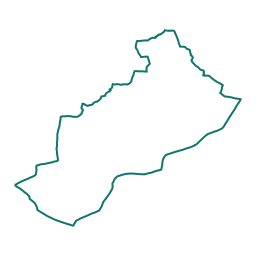 Singida, Singida, United Republic of Tanzania, rotated 90°
{"feature_id": "72390352B6504298719524", "entity_name": "Singida", "entity_type": "district", "adm_level": 2, "iso_a3": "TZA", "parent_name": "United Republic of Tanzania", "parent_adm1": "Singida", "projection": "equal_earth", "projection_center": [34.874, -4.722], "detail": "fine", "context": "isolated", "style": "outline", "palette": "teal", "viewbox_px": 256, "rotation_deg": 90, "n_neighbors": 0, "source": "geoboundaries", "source_scale": "gbopen_adm2", "svg_char_len": 5560}
<svg xmlns="http://www.w3.org/2000/svg" viewBox="0 0 256 256"><g transform="rotate(90 128 128)"><path d="M225.7,182.9L225.3,182.4L223.6,181.7L222.1,180.6L220.9,180.1L219.7,177.7L218.7,176.0L217.7,173.8L216.7,171.3L215.7,168.9L214.6,166.6L213.6,164.3L212.5,161.1L210.6,157.0L206.8,154.5L205.2,153.9L202.3,152.9L200.0,151.3L198.7,150.1L197.2,149.1L193.6,146.5L191.1,145.1L189.1,143.9L187.3,143.4L185.2,143.5L183.4,143.6L181.7,142.5L180.2,142.0L178.3,140.8L177.3,139.7L176.3,138.4L175.8,137.0L175.4,135.5L174.9,134.0L174.0,130.7L173.9,129.5L173.7,127.9L173.6,126.2L173.5,123.0L173.8,120.9L174.0,118.8L174.3,113.1L174.3,111.4L173.4,108.0L172.7,104.7L171.3,101.0L170.6,98.3L170.1,96.6L169.9,95.6L169.6,94.7L167.3,94.3L165.1,93.7L163.4,93.8L162.6,93.6L159.7,93.1L157.0,91.7L155.2,90.3L154.4,88.5L153.6,86.0L152.4,82.4L151.7,80.2L149.8,73.3L148.5,69.9L147.3,65.7L146.2,63.2L145.7,61.8L145.2,61.4L144.4,59.6L141.8,57.0L139.4,54.4L136.2,51.0L134.5,48.8L133.7,47.4L133.3,45.9L132.0,42.7L131.8,42.2L131.6,41.6L130.9,39.3L130.1,37.2L129.4,35.9L129.1,35.1L128.5,34.1L127.6,33.1L126.9,32.5L114.3,24.7L109.4,21.4L107.6,20.4L105.2,19.0L103.0,17.5L102.9,17.4L102.7,17.2L99.7,15.4L99.2,15.4L99.0,16.7L98.6,19.2L98.3,21.2L97.5,24.1L97.0,26.7L96.6,29.3L96.5,31.3L94.6,33.8L93.2,35.4L93.0,35.8L92.8,35.8L92.0,35.3L90.8,34.6L89.9,34.5L89.1,34.2L87.8,34.0L86.6,33.8L85.7,33.3L85.1,33.2L84.4,34.5L83.4,35.9L82.6,37.8L81.4,39.7L80.1,41.7L77.6,45.0L76.6,46.0L75.8,46.9L75.6,48.0L75.7,49.1L75.7,50.4L75.5,52.4L75.2,52.7L75.0,52.3L75.0,51.9L74.6,52.2L74.2,52.0L73.5,52.1L73.0,52.4L72.0,52.0L71.4,52.0L70.9,52.3L70.4,52.8L70.2,53.8L69.9,55.0L69.2,56.1L68.4,56.8L67.2,57.9L66.7,58.6L66.0,59.9L62.8,63.1L61.5,64.1L60.2,64.5L59.6,64.0L58.6,63.6L57.4,63.2L56.6,63.7L56.0,64.1L55.7,64.5L55.4,65.1L54.9,65.3L54.4,65.1L53.7,65.3L52.8,65.8L51.8,65.8L50.8,66.1L50.1,66.2L49.7,66.7L49.3,67.5L49.0,68.8L48.5,69.5L47.7,70.2L46.9,71.3L46.7,72.7L46.6,75.9L44.3,76.7L42.9,77.3L41.0,77.7L38.4,78.6L37.1,79.2L34.7,80.0L34.1,80.5L33.0,81.0L32.8,81.0L31.8,81.3L30.8,82.0L30.7,82.5L30.7,82.9L30.6,83.2L30.6,83.6L30.6,83.8L30.7,85.1L30.7,85.6L30.8,85.9L30.7,86.2L30.8,86.8L30.7,87.2L30.8,87.4L30.7,87.8L30.6,89.2L30.5,89.8L30.3,91.2L31.0,91.5L31.8,92.1L32.3,92.7L32.6,93.2L33.1,93.7L33.8,94.6L34.4,95.6L34.3,95.9L34.3,96.3L34.6,96.7L34.6,97.0L35.0,97.2L35.2,97.6L35.2,98.2L35.4,98.3L35.7,98.6L35.8,98.5L36.0,98.6L36.1,99.0L36.4,99.2L36.5,99.3L36.4,99.7L36.6,100.3L36.8,100.3L37.0,100.2L37.2,100.5L37.4,100.5L37.5,100.2L37.8,100.4L37.7,101.0L37.8,101.1L37.9,102.4L37.7,103.3L38.3,104.8L39.0,106.2L39.5,106.8L40.1,107.8L40.3,107.9L40.4,108.3L40.6,109.7L40.3,110.4L40.3,110.5L40.5,111.4L40.6,113.3L40.8,114.8L41.1,116.1L41.0,117.4L41.0,118.5L41.2,119.1L43.2,119.6L44.6,120.0L46.3,120.2L46.6,120.3L47.1,120.3L47.9,120.1L48.2,119.9L48.5,119.8L49.6,118.9L50.3,118.5L50.8,118.3L51.5,118.2L52.5,117.7L53.4,117.3L54.9,116.3L56.4,115.2L57.1,114.9L57.0,113.7L56.7,111.0L56.7,108.5L56.8,108.5L56.8,108.3L58.0,107.9L59.1,107.7L60.3,107.2L61.6,106.8L62.6,106.5L63.2,106.4L63.8,106.2L65.8,108.2L66.5,109.0L67.4,109.4L68.1,109.5L68.6,109.4L69.5,109.5L71.1,109.4L71.5,109.3L71.5,109.6L71.5,111.0L71.4,112.3L71.3,114.1L71.3,117.7L71.1,119.6L71.2,121.4L72.5,122.0L73.2,122.2L75.1,122.5L75.6,122.9L76.7,123.3L77.3,123.7L77.9,123.8L78.0,123.8L78.6,123.9L79.7,124.4L80.8,124.6L81.2,124.8L81.5,124.8L82.7,125.6L83.0,126.1L83.8,127.1L84.4,128.6L84.4,129.1L84.3,131.9L84.4,133.5L84.9,134.5L84.5,136.4L84.3,137.7L84.1,138.7L84.3,139.5L84.4,140.4L84.4,141.6L84.1,143.1L85.0,143.6L87.0,143.7L88.1,144.4L88.8,145.2L89.4,146.3L90.4,145.4L91.3,146.2L91.9,147.7L92.5,148.7L93.3,149.8L94.1,150.4L95.0,150.7L95.7,150.8L96.2,152.8L96.5,154.6L97.3,154.9L98.3,155.2L99.1,155.7L99.5,156.2L100.4,157.2L100.9,157.9L101.4,158.7L101.8,159.6L102.0,160.7L102.2,161.0L103.0,162.5L103.4,162.8L103.6,163.0L104.2,163.2L104.8,164.2L105.3,166.9L105.9,168.3L105.0,170.5L103.8,172.2L103.8,173.5L104.6,173.5L106.3,174.2L108.1,174.6L108.7,174.2L109.2,173.5L109.6,173.3L110.0,173.2L110.5,173.2L111.9,173.9L112.5,174.2L113.3,174.2L114.3,175.0L114.7,175.5L116.6,178.1L116.9,179.8L116.8,181.5L116.8,182.7L116.5,184.1L116.2,185.6L116.3,185.9L116.1,187.9L116.1,189.0L116.2,190.5L116.4,191.5L116.4,192.6L116.3,193.7L116.6,194.5L116.7,195.1L117.1,195.3L117.6,195.5L119.1,195.5L119.8,195.5L120.8,195.8L121.7,195.9L123.2,196.3L124.6,196.3L125.7,196.6L126.7,196.7L127.4,196.9L127.9,197.1L128.9,197.3L129.2,197.5L131.0,198.0L131.7,198.0L133.3,198.5L134.4,198.7L137.3,198.6L138.4,198.8L138.9,198.8L139.8,198.7L140.7,198.7L141.6,199.0L143.0,199.1L143.8,199.1L145.0,198.9L145.9,199.1L146.5,199.1L147.6,199.2L148.8,199.6L149.7,199.3L150.9,199.1L151.9,199.1L155.0,198.8L156.3,198.6L156.9,198.4L157.8,198.3L158.6,198.3L160.1,197.9L160.7,198.3L161.0,198.8L161.3,200.0L161.3,200.3L161.6,201.7L161.8,202.4L162.3,203.7L162.4,204.0L162.5,204.6L162.6,205.8L163.1,207.2L163.1,208.1L163.7,209.9L163.9,211.3L164.0,212.4L164.4,215.5L164.6,216.4L164.8,216.8L165.0,217.1L165.3,218.1L165.3,218.7L165.7,219.4L166.2,219.7L166.7,219.7L167.0,219.7L167.9,219.7L168.9,219.6L169.9,219.5L173.2,219.9L174.6,220.2L175.8,221.7L176.1,222.3L176.7,223.5L176.9,224.2L178.6,227.8L180.4,232.2L181.8,235.2L183.4,238.3L183.9,239.1L184.1,239.6L184.9,240.6L185.7,240.6L186.9,238.9L188.4,236.1L190.7,233.2L192.6,231.0L193.7,229.3L195.4,227.8L196.4,226.6L197.8,226.6L198.8,226.3L199.7,225.2L200.9,223.8L202.2,222.1L203.2,221.2L205.7,219.8L207.5,219.0L208.9,218.7L209.9,218.7L211.8,215.7L216.1,208.6L219.8,200.8L220.9,197.8L223.3,190.8L224.2,187.8L225.7,182.9Z" fill="none" stroke="#0f766e" stroke-width="2"/></g></svg>